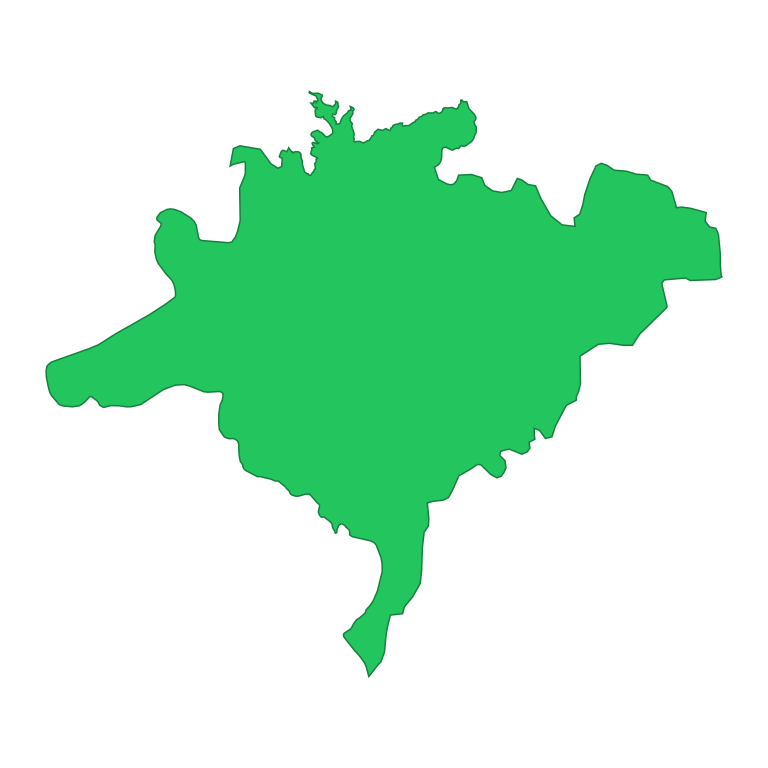 outline of Al-Qusayr, Homs (Hims), Syria
{"feature_id": "27442178B51656539269606", "entity_name": "Al-Qusayr", "entity_type": "district", "adm_level": 2, "iso_a3": "SYR", "parent_name": "Syria", "parent_adm1": "Homs (Hims)", "projection": "orthographic", "projection_center": [36.533, 34.512], "detail": "fine", "context": "isolated", "style": "filled", "palette": "green", "viewbox_px": 768, "rotation_deg": 0, "n_neighbors": 0, "source": "geoboundaries", "source_scale": "gbopen_adm2", "svg_char_len": 6101}
<svg xmlns="http://www.w3.org/2000/svg" viewBox="0 0 768 768"><path d="M230.1,166.1L233.4,164.3L244.4,161.6L245.3,162.8L245.4,172.8L244.9,175.3L239.7,187.9L240.2,220.6L237.6,231.2L235.6,236.6L231.8,242.1L228.3,242.7L201.4,240.5L199.5,239.4L198.6,237.6L196.1,225.0L194.1,221.4L190.7,217.9L180.8,211.7L174.4,209.4L170.6,208.9L167.1,209.4L160.5,212.6L157.1,217.1L156.7,218.5L157.1,220.0L161.4,223.6L160.6,226.3L155.5,234.7L154.8,237.0L154.3,242.1L155.2,245.0L154.8,252.0L156.4,259.1L158.2,263.3L165.5,273.3L172.1,280.5L173.8,284.1L175.2,289.6L175.5,293.6L175.5,296.0L174.9,297.2L165.1,304.5L149.5,314.6L115.7,333.8L98.4,344.8L89.2,348.6L51.5,362.0L48.4,364.5L46.9,366.3L46.1,370.7L46.4,377.5L48.7,388.6L49.9,392.6L51.5,395.6L59.2,404.6L63.2,406.0L72.3,406.8L79.0,405.9L81.5,404.5L85.0,401.8L89.9,396.5L91.6,396.8L96.9,400.7L98.0,401.9L99.8,405.3L103.5,407.4L111.1,405.6L119.5,405.8L126.2,406.8L130.3,406.8L134.9,406.0L140.8,404.5L163.5,389.5L175.3,385.1L184.1,384.6L189.4,386.0L203.8,391.7L207.9,392.2L219.2,391.5L221.5,392.2L222.8,393.3L223.1,396.2L222.0,400.9L220.1,404.8L218.8,414.6L218.8,424.2L219.4,429.7L223.7,436.2L225.4,437.5L229.1,438.7L233.9,438.6L237.3,440.6L238.6,443.4L239.0,453.5L239.5,457.7L240.4,461.6L242.6,464.7L243.0,467.1L244.0,469.0L246.0,470.7L257.5,476.7L259.6,476.5L271.1,479.2L275.0,481.0L278.1,481.0L285.3,486.8L286.6,488.7L288.9,490.7L290.4,493.8L291.6,494.9L296.1,496.3L299.1,496.0L305.1,494.3L307.7,494.0L309.9,494.4L317.4,503.0L319.2,504.4L319.7,505.6L318.4,511.2L318.5,512.9L319.4,514.9L321.4,517.3L324.0,516.9L331.0,522.4L332.1,524.2L332.5,527.2L333.4,529.2L334.5,530.6L335.3,533.1L336.0,533.2L336.9,532.1L336.9,529.8L338.6,525.6L340.9,523.7L341.9,523.9L344.9,525.4L345.9,527.0L349.1,529.8L349.6,531.5L349.7,534.9L352.3,536.7L371.1,541.0L374.2,542.7L376.2,545.1L381.0,557.4L382.1,564.0L382.2,571.6L377.4,591.1L372.9,601.4L369.4,606.3L366.2,609.8L365.1,613.0L360.4,617.2L356.6,619.7L353.8,623.4L351.1,628.6L344.2,633.2L343.4,634.6L343.8,636.6L345.3,638.8L355.1,651.2L358.8,655.0L364.6,662.9L366.3,667.0L368.8,676.5L378.8,663.9L380.8,662.1L384.5,652.1L385.9,636.4L387.3,627.5L390.4,615.1L402.6,613.7L404.4,606.8L412.7,596.8L420.2,583.5L421.6,571.0L422.3,548.5L424.1,532.3L428.4,526.0L428.8,518.3L427.3,502.9L433.2,501.3L443.0,500.2L448.5,497.5L452.4,490.4L458.9,475.8L470.3,469.3L477.2,464.5L480.9,464.8L491.0,474.7L496.9,477.8L501.2,476.2L504.0,472.4L506.0,467.9L505.0,460.6L499.8,455.5L500.6,451.4L505.3,449.9L509.5,449.2L521.9,454.2L527.2,451.9L530.0,448.0L529.0,442.3L534.9,439.2L534.3,435.1L534.2,428.5L539.5,430.3L545.4,438.4L551.9,436.9L555.5,425.9L566.3,405.4L576.3,400.2L576.4,396.4L578.7,391.3L580.5,383.5L580.0,356.2L598.3,344.3L609.5,343.3L623.6,345.3L632.5,345.3L639.5,334.3L666.6,307.7L667.1,306.5L661.7,283.2L664.3,279.9L685.6,278.0L690.3,280.5L715.7,279.5L721.9,276.9L721.1,274.9L720.4,265.8L720.3,254.1L718.5,234.8L715.9,228.4L709.5,226.9L705.1,221.1L706.2,212.6L690.7,208.3L681.8,207.1L676.5,207.7L671.8,191.3L667.7,186.6L650.6,180.1L647.7,175.1L636.4,174.2L626.4,171.2L614.1,170.2L607.0,165.3L601.3,163.3L596.1,165.8L590.0,178.8L584.8,194.5L582.7,205.1L579.7,214.3L574.1,217.9L575.0,226.4L562.1,224.9L550.8,215.8L540.8,198.4L535.6,185.9L527.9,184.4L521.8,180.0L517.3,178.4L511.3,190.5L501.8,192.5L492.7,190.9L484.7,185.3L481.7,177.7L471.5,174.5L458.6,175.2L456.7,180.8L453.6,184.2L450.6,184.8L446.6,183.8L438.4,179.5L434.4,167.4L438.5,164.7L440.6,161.8L441.6,158.1L441.8,150.5L442.5,148.5L443.7,147.6L445.9,147.2L451.3,149.9L452.7,150.1L456.4,148.2L458.9,148.4L460.9,145.7L463.6,146.3L465.5,146.0L471.9,141.2L473.7,138.6L474.9,134.6L476.1,132.9L476.3,126.8L474.8,124.7L473.9,121.9L475.8,119.2L475.9,117.8L475.3,116.0L474.2,114.2L468.9,108.6L466.7,101.6L463.3,101.8L461.8,100.0L460.7,100.2L460.8,103.4L458.9,104.9L458.5,106.9L457.0,108.8L455.3,108.9L452.2,107.4L448.0,108.0L444.2,107.8L443.1,108.5L442.5,111.0L440.5,113.0L437.7,113.3L436.8,112.0L435.6,111.6L432.8,113.0L427.9,112.9L425.9,114.2L423.2,114.8L421.4,116.6L419.2,117.2L417.7,119.3L415.8,120.2L414.9,121.9L412.6,122.8L408.9,125.6L405.6,125.6L403.0,126.3L402.2,125.4L402.5,123.1L399.9,123.1L398.0,124.1L395.9,124.3L393.1,125.4L392.4,127.1L390.9,128.1L390.2,130.5L388.7,130.2L385.9,128.6L382.5,130.4L378.0,129.3L374.7,132.1L373.4,135.4L371.7,135.9L371.4,137.3L370.2,138.6L369.6,140.2L366.9,140.9L365.9,141.9L363.1,142.9L359.9,141.4L356.3,141.5L354.7,142.1L353.8,141.3L354.2,139.1L353.6,136.6L354.3,134.4L351.6,125.9L352.4,123.8L350.3,121.0L349.9,119.5L350.3,117.8L352.8,114.0L352.8,111.3L354.1,109.4L353.2,107.8L350.3,106.5L351.2,109.8L348.5,110.8L347.4,112.8L343.6,115.8L341.6,118.6L339.8,123.8L336.2,124.0L335.9,123.0L336.3,121.9L334.6,119.8L334.6,117.8L332.4,116.4L332.8,114.1L334.9,114.7L336.2,113.4L336.7,110.1L338.5,107.0L338.6,106.0L337.8,104.4L337.9,102.9L337.5,102.0L335.5,101.2L335.7,102.9L335.3,104.3L332.6,106.8L329.8,105.5L326.0,104.9L323.2,103.2L321.3,100.5L321.1,98.2L322.5,95.9L322.2,95.0L318.2,93.2L312.5,93.4L309.5,91.5L309.1,92.6L309.3,93.0L316.1,96.1L317.8,99.7L317.6,100.7L316.3,102.5L315.9,101.1L314.3,101.0L313.7,101.4L313.7,102.6L313.2,103.3L310.9,103.1L314.6,107.8L316.2,107.3L317.2,107.9L317.1,108.7L315.6,109.3L315.1,110.5L315.5,114.9L316.0,116.4L317.2,117.1L321.1,117.8L323.3,116.5L324.0,118.7L326.0,119.9L329.6,123.8L332.2,128.5L332.7,130.6L332.7,132.8L332.0,134.0L328.3,136.5L326.8,137.0L325.3,136.3L321.9,132.7L319.7,131.8L317.6,130.2L312.3,132.2L311.3,133.4L311.0,134.7L311.5,135.9L314.3,137.8L315.2,140.6L318.6,143.1L317.9,143.8L313.2,142.4L312.1,143.1L312.7,145.0L314.3,147.1L311.6,147.9L311.9,149.5L310.8,152.9L310.8,154.0L312.1,155.3L317.1,157.6L317.5,158.3L316.0,159.2L316.3,161.4L314.7,163.6L315.5,168.5L314.4,169.5L313.7,171.4L312.3,172.7L310.9,175.1L309.2,175.4L308.5,174.0L306.5,173.5L304.7,172.1L302.5,164.8L302.3,161.2L301.0,157.1L301.0,154.5L300.4,153.1L298.7,151.9L295.5,151.6L292.8,153.0L292.7,151.9L291.4,151.6L288.7,147.8L286.8,151.7L283.0,150.2L282.2,150.5L281.1,151.9L279.3,156.5L279.8,157.3L282.3,158.2L281.6,166.6L277.7,168.2L270.8,163.6L260.4,149.3L239.8,145.8L233.4,148.6L230.1,166.1Z" fill="#22c55e" stroke="#15803d" stroke-width="1.5"/></svg>